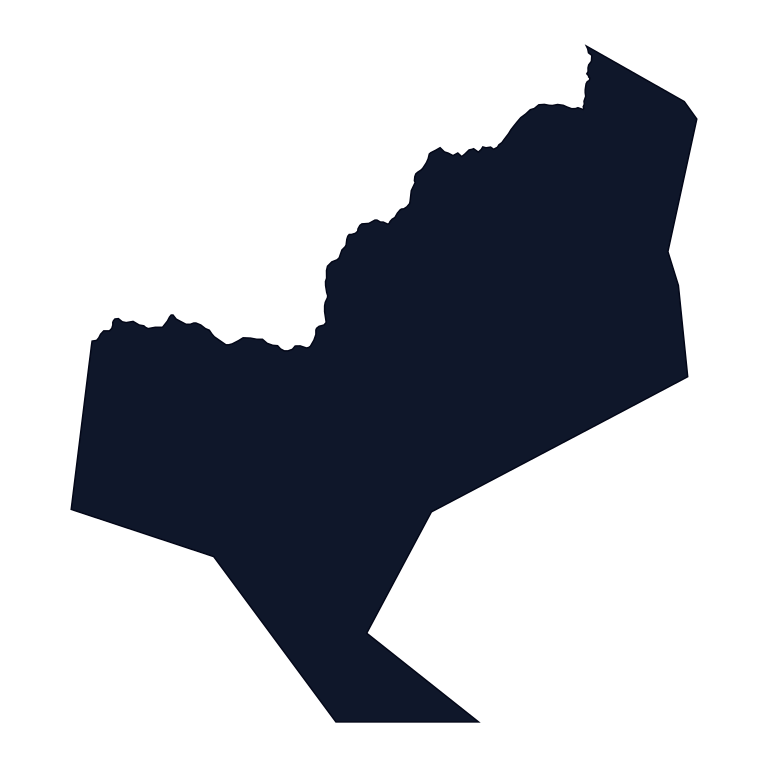 Lufa District, Eastern Highlands, Papua New Guinea
{"feature_id": "67681753B74545677016959", "entity_name": "Lufa District", "entity_type": "district", "adm_level": 2, "iso_a3": "PNG", "parent_name": "Papua New Guinea", "parent_adm1": "Eastern Highlands", "projection": "natural_earth1", "projection_center": [145.234, -6.443], "detail": "fine", "context": "isolated", "style": "filled", "palette": "ink", "viewbox_px": 768, "rotation_deg": 0, "n_neighbors": 0, "source": "geoboundaries", "source_scale": "gbopen_adm2", "svg_char_len": 2494}
<svg xmlns="http://www.w3.org/2000/svg" viewBox="0 0 768 768"><path d="M327.5,266.2L326.5,270.5L326.6,278.2L325.5,281.5L325.6,285.6L326.7,292.5L327.7,295.7L327.4,297.8L325.3,302.2L324.6,305.9L324.6,311.6L326.2,322.4L324.0,325.0L319.1,326.3L316.6,328.3L315.9,330.0L315.9,334.4L315.9,334.5L313.9,340.2L310.4,346.3L308.6,347.5L306.5,348.0L300.2,345.9L295.2,346.0L292.4,349.3L287.9,350.9L284.3,350.9L280.5,348.9L277.6,345.7L272.7,345.3L267.1,343.3L262.5,339.3L256.8,339.3L250.5,338.1L243.1,337.8L238.6,340.6L232.2,343.9L228.7,344.8L225.9,344.8L214.2,336.7L211.8,333.9L209.3,330.2L205.4,328.6L200.8,325.0L195.9,323.0L193.8,323.0L190.3,324.3L186.0,324.3L176.2,319.1L173.0,315.0L171.2,315.0L169.5,317.1L167.4,321.1L162.5,327.3L155.1,327.3L148.1,328.6L145.6,327.4L143.8,325.8L139.2,325.0L133.1,321.4L126.2,322.6L122.3,321.8L118.4,318.6L114.9,319.0L113.5,320.7L112.8,322.3L112.8,325.1L111.8,328.4L109.4,330.9L103.7,330.9L100.6,334.2L98.8,337.8L96.6,340.4L92.1,341.1L91.5,345.2L90.4,354.3L89.2,363.6L71.2,509.4L213.7,556.6L335.9,721.9L478.5,721.9L366.7,633.2L402.6,565.8L431.4,511.9L603.7,421.1L687.7,376.7L678.4,285.4L667.9,251.6L696.8,119.0L684.3,101.6L586.4,46.1L587.7,48.8L588.5,52.8L591.8,55.4L591.4,61.3L588.7,64.9L588.0,67.9L588.1,71.5L586.8,73.8L588.6,75.8L588.6,76.9L589.9,78.1L589.3,80.5L587.3,81.6L586.1,83.8L585.5,87.6L585.2,89.9L585.2,92.7L585.7,96.3L584.0,101.2L584.3,104.2L583.2,106.8L583.8,108.3L583.0,109.5L577.9,107.7L575.5,108.6L571.6,108.7L566.8,106.9L563.3,105.3L557.6,104.5L552.4,105.5L549.0,105.3L544.4,104.4L538.8,104.8L534.3,108.5L530.3,109.7L525.7,114.0L520.8,117.6L517.3,121.7L514.4,125.3L511.1,129.5L508.6,133.6L504.2,139.4L501.9,142.6L498.9,144.8L497.5,147.2L493.6,149.3L490.6,147.1L486.0,147.8L482.8,146.9L481.2,149.5L478.3,152.1L473.6,148.7L472.1,149.3L469.1,149.9L464.8,154.1L461.7,156.6L457.8,153.0L453.0,155.6L448.2,153.1L444.4,151.9L440.1,147.7L435.6,150.3L430.8,152.7L429.3,154.0L428.2,158.6L426.5,162.5L424.6,165.5L422.6,168.5L420.8,170.2L417.7,172.2L415.8,173.9L414.8,176.7L414.4,180.8L415.2,182.4L411.3,190.6L410.1,201.2L409.6,203.6L406.8,206.9L403.7,208.9L401.6,209.0L400.2,209.8L397.4,213.1L394.9,217.5L392.1,219.2L390.0,221.6L389.0,223.7L387.6,224.1L383.3,222.1L380.5,222.1L377.0,220.1L374.9,220.1L368.9,223.4L361.9,223.9L359.9,225.4L358.0,228.8L357.7,231.2L355.4,233.3L351.4,234.5L349.2,234.5L347.8,236.2L346.8,239.4L346.1,245.1L345.1,246.8L341.9,250.0L339.2,257.8L337.1,259.8L331.8,261.9L327.5,266.2Z" fill="#0f172a" stroke="#020617" stroke-width="1.5"/></svg>